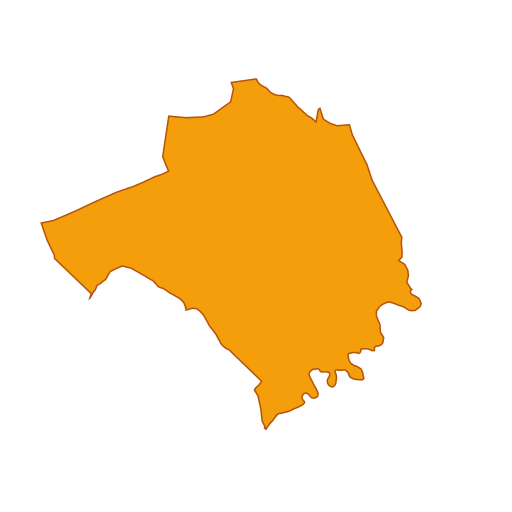 Balata, Castries, Saint Lucia (Mercator projection), rotated 230°
{"feature_id": "8701671B12100696846936", "entity_name": "Balata", "entity_type": "district", "adm_level": 2, "iso_a3": "LCA", "parent_name": "Saint Lucia", "parent_adm1": "Castries", "projection": "mercator", "projection_center": [-60.955, 14.015], "detail": "fine", "context": "isolated", "style": "filled", "palette": "amber", "viewbox_px": 512, "rotation_deg": 230, "n_neighbors": 0, "source": "geoboundaries", "source_scale": "gbopen_adm2", "svg_char_len": 6144}
<svg xmlns="http://www.w3.org/2000/svg" viewBox="0 0 512 512"><g transform="rotate(230 256 256)"><path d="M232.0,175.4L224.2,175.2L223.4,175.0L220.9,174.9L220.1,174.6L219.0,174.5L216.6,173.8L215.8,173.8L213.6,173.4L212.1,172.8L210.9,172.9L210.1,172.7L205.2,173.4L204.6,173.7L203.6,173.9L201.7,175.0L156.5,179.8L155.7,177.1L155.6,176.6L155.2,175.1L155.2,174.5L155.3,172.6L155.2,171.0L154.3,168.6L147.8,167.7L135.6,161.3L125.6,154.6L119.2,153.1L118.8,152.0L116.9,152.1L116.8,152.3L117.2,153.2L117.2,153.6L118.3,157.0L118.2,157.4L118.7,158.4L118.6,158.6L118.8,159.2L118.8,159.5L119.1,160.0L118.8,160.1L119.1,161.4L119.0,162.5L119.3,163.0L120.2,167.2L120.5,167.7L120.4,168.6L120.8,168.6L121.1,169.5L120.8,169.9L120.9,170.5L120.6,171.5L120.7,172.3L120.3,173.1L119.5,173.9L118.8,175.5L118.0,176.7L118.0,177.1L117.5,178.1L117.3,178.8L116.6,179.3L116.5,180.1L115.6,182.2L115.4,183.4L114.9,184.3L114.9,185.4L114.5,187.0L113.9,188.6L113.2,191.0L113.0,191.6L112.6,193.8L112.2,194.7L112.3,196.0L112.1,196.5L112.2,198.3L112.7,199.1L113.1,199.4L115.0,199.6L115.8,199.3L116.9,199.7L118.0,200.3L118.7,201.0L119.2,201.9L119.3,202.4L119.6,203.1L119.7,204.0L119.3,205.7L118.9,206.2L117.7,206.9L115.5,207.4L114.0,207.3L112.3,207.4L111.7,207.6L110.7,208.2L110.0,208.9L109.4,210.0L108.8,211.7L108.9,212.6L109.5,213.9L110.6,215.0L111.2,215.4L112.6,216.0L115.5,216.7L116.6,216.8L117.8,217.2L118.6,217.1L121.2,217.7L122.4,218.2L126.5,218.9L127.9,219.5L129.3,219.7L130.0,220.1L130.9,220.3L132.3,221.8L132.7,222.9L132.6,223.2L132.7,225.0L132.7,226.0L132.5,226.3L132.7,227.0L132.1,227.8L130.8,228.7L130.7,230.1L129.8,231.0L129.5,231.2L128.2,231.4L127.0,231.2L126.0,231.3L124.7,231.8L124.3,232.6L123.7,233.6L123.4,233.7L122.6,234.6L122.4,235.1L122.1,235.3L121.8,235.7L120.8,236.3L120.5,236.9L120.1,236.8L119.7,237.1L118.3,236.7L117.6,236.2L116.2,233.9L116.3,233.6L115.9,232.8L115.5,231.5L115.1,230.9L113.9,229.9L112.5,229.1L111.1,228.8L109.5,228.8L107.9,229.4L107.1,229.9L106.2,231.1L106.2,232.7L106.4,233.5L106.7,233.9L106.7,234.4L107.3,235.5L108.6,236.7L109.0,237.3L109.8,238.0L110.2,238.7L111.5,239.8L113.3,241.0L116.3,242.1L116.7,242.4L117.2,242.9L117.3,243.3L117.1,243.8L117.0,244.3L116.3,245.3L115.0,246.1L115.1,246.3L114.4,247.1L114.0,247.7L113.4,248.0L112.3,250.3L111.5,250.9L109.6,251.5L107.3,251.5L106.7,251.4L105.5,250.8L105.3,251.0L104.8,250.6L103.7,250.5L103.0,250.2L101.3,250.7L99.8,251.4L97.5,252.9L97.0,253.3L96.6,254.0L95.6,254.7L94.3,256.4L93.6,256.8L92.9,257.8L92.7,258.9L92.9,259.9L93.2,259.8L94.3,260.8L95.3,261.1L98.6,263.1L99.2,263.0L100.8,263.6L101.8,263.7L102.6,263.6L104.9,262.9L105.4,262.9L107.6,261.8L107.7,261.5L109.5,260.5L110.8,260.3L111.5,260.0L113.4,259.7L115.1,260.0L117.8,260.9L119.3,261.9L120.9,262.6L121.3,263.2L121.3,264.0L121.5,264.4L121.5,265.0L121.1,265.7L120.6,266.5L119.6,268.4L118.5,269.7L117.3,270.9L115.9,271.6L115.4,272.1L115.1,272.9L115.2,274.0L115.9,275.1L116.1,275.7L116.9,276.0L117.3,276.5L117.1,277.0L116.6,277.8L116.0,278.3L113.6,281.4L112.4,282.4L111.9,282.6L110.5,283.4L109.2,283.9L108.6,284.3L107.4,285.9L107.8,286.2L109.7,287.9L109.9,289.5L109.9,289.9L108.6,291.5L108.0,292.7L107.6,295.3L108.0,297.2L108.3,297.8L108.7,298.1L111.0,301.0L111.5,301.4L113.8,301.8L116.1,302.0L116.5,302.2L117.7,302.4L120.4,304.4L121.4,305.0L121.6,305.3L122.6,306.1L124.0,306.9L125.3,307.5L126.2,307.6L129.2,308.5L129.7,308.8L132.4,309.6L133.1,310.0L136.4,312.9L136.8,313.5L136.8,315.3L137.0,315.9L137.7,317.1L137.7,318.0L137.8,319.2L137.7,321.5L136.3,326.6L135.7,327.4L135.4,328.1L134.4,329.2L133.5,329.5L132.2,330.5L129.3,332.2L127.1,333.3L125.6,334.2L124.7,335.1L123.6,335.4L122.4,336.3L121.3,336.7L118.9,337.3L115.8,338.6L114.6,339.5L113.0,341.5L112.1,342.8L111.9,344.0L111.8,347.0L111.9,349.3L112.3,350.2L113.2,351.7L114.1,352.2L116.0,352.9L118.5,353.4L119.2,353.4L123.0,352.2L125.1,351.1L126.9,350.6L127.8,350.6L129.1,351.0L129.8,351.7L130.2,352.7L130.1,353.8L132.6,353.7L139.2,354.7L142.7,359.9L147.2,363.0L153.8,364.6L160.8,362.5L161.4,367.2L164.9,370.3L173.0,376.0L176.5,379.7L239.5,393.7L255.1,399.9L268.2,403.0L286.9,407.7L296.5,411.9L303.8,401.7L309.9,398.1L317.5,395.6L328.1,399.9L328.1,398.7L328.0,397.9L327.5,397.0L325.3,394.4L325.0,394.1L323.7,392.4L323.4,392.2L322.0,390.4L321.6,390.1L320.0,388.3L320.6,387.9L323.3,387.8L324.8,387.4L326.2,387.2L330.1,385.7L332.0,385.2L332.7,385.4L335.9,384.8L337.0,384.8L339.6,384.4L340.3,384.4L341.5,384.0L342.4,384.0L344.5,383.7L346.4,383.8L348.5,383.6L350.0,383.7L350.4,383.5L354.2,383.6L355.8,383.4L357.1,383.0L360.3,380.4L360.8,380.3L362.4,379.1L363.7,377.3L364.3,376.8L364.7,376.3L366.0,375.2L366.8,374.3L367.9,374.1L369.6,373.2L370.8,372.7L373.1,372.1L374.1,372.1L374.6,372.0L375.1,372.2L376.2,372.0L376.5,372.1L377.4,371.9L378.6,371.8L380.6,370.7L381.3,370.5L382.7,369.9L386.1,369.2L388.4,369.3L390.4,369.8L390.8,370.0L391.5,370.0L404.8,348.6L398.5,346.2L390.4,335.6L392.0,314.5L396.4,305.0L407.1,291.1L419.2,279.1L392.1,248.4L390.3,247.7L389.0,247.4L387.9,246.9L378.4,243.9L377.2,243.8L377.1,243.6L377.4,242.9L378.6,237.7L379.8,234.3L380.2,233.8L380.9,231.5L381.7,230.0L383.1,224.2L384.0,220.9L384.1,220.1L384.4,219.7L384.9,217.4L388.7,205.0L390.6,200.7L390.9,199.3L391.8,197.2L392.1,196.3L392.6,195.3L394.7,189.5L400.5,169.5L407.0,144.9L413.5,123.4L419.3,112.7L402.5,106.2L385.8,101.9L383.8,100.1L333.1,105.6L330.5,101.5L330.5,101.8L333.0,108.6L333.1,110.2L333.6,111.6L335.3,114.7L335.5,115.5L335.5,116.5L334.8,119.8L335.1,120.4L334.7,125.8L337.7,133.8L337.7,134.9L337.2,136.7L337.4,135.9L336.6,139.5L334.4,146.9L332.9,148.2L327.1,152.4L317.4,156.1L314.6,157.1L312.1,158.1L310.6,158.5L309.8,158.9L308.2,159.3L307.3,159.7L305.3,160.3L304.3,160.9L302.6,161.3L299.9,161.3L299.3,161.5L298.0,161.3L295.8,161.6L295.4,161.4L295.1,161.7L294.2,162.0L292.7,162.7L292.4,163.2L291.6,163.5L290.0,164.5L289.6,164.4L288.9,164.8L288.0,165.0L284.1,165.9L280.3,167.3L278.8,168.0L276.0,168.9L274.5,169.6L274.1,169.6L271.4,170.4L270.8,170.4L268.1,170.8L267.6,170.7L266.5,170.7L265.6,170.3L261.9,169.3L262.0,168.9L260.4,168.4L259.6,167.6L257.4,172.4L257.0,173.6L253.8,176.5L253.4,176.7L250.5,177.5L246.8,177.8L243.6,177.7L232.0,175.4Z" fill="#f59e0b" stroke="#b45309" stroke-width="1.5"/></g></svg>